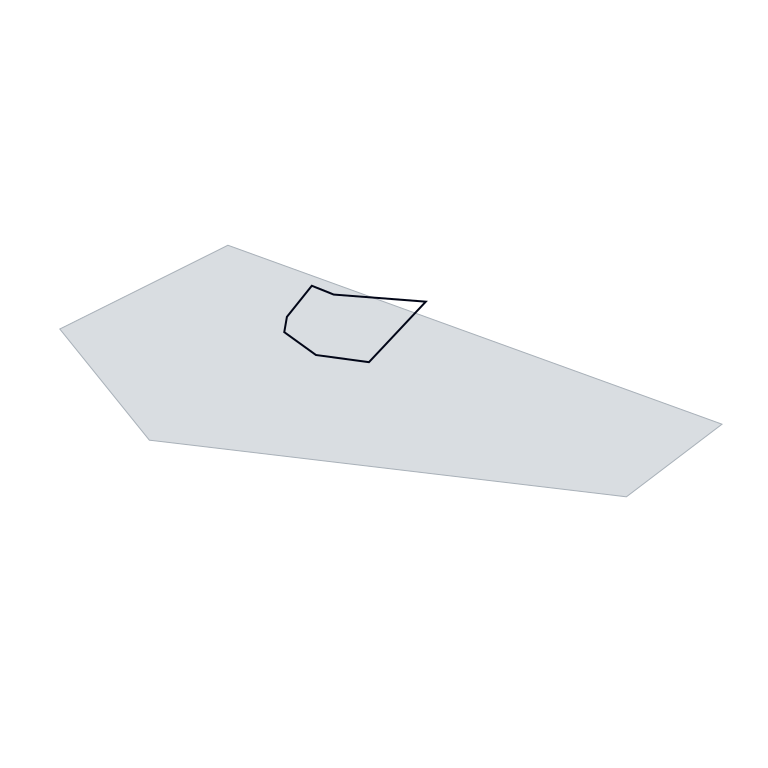 Anguilla, with The Farrington highlighted, rotated 223°
{"feature_id": "AIA-5124", "entity_name": "The Farrington", "entity_type": "District", "adm_level": 1, "iso_a3": "AIA", "parent_name": "Anguilla", "parent_adm1": "", "projection": "equal_earth", "projection_center": [-63.044, 18.213], "detail": "fine", "context": "in_parent", "style": "outline", "palette": "ink", "viewbox_px": 768, "rotation_deg": 223, "n_neighbors": 0, "source": "natural_earth", "source_scale": "10m", "svg_char_len": 408}
<svg xmlns="http://www.w3.org/2000/svg" viewBox="0 0 768 768"><g transform="rotate(223 384 384)"><path d="M592.8,379.0L109.4,585.1L129.8,466.8L517.3,182.9L658.6,203.1L592.8,379.0Z" fill="#d9dde1" stroke="#a8b0b8" stroke-width="1"/><path d="M503.8,406.6L481.8,415.1L409.6,472.7L409.8,417.0L409.9,389.7L453.5,358.8L492.3,353.9L500.8,366.9L503.8,406.6Z" fill="none" stroke="#020617" stroke-width="2"/></g></svg>